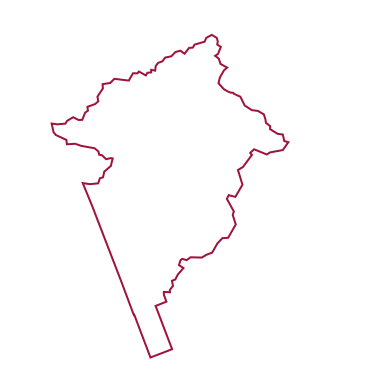 Utah, Utah, United States of America, rotated 69°
{"feature_id": "52423323B70562342190922", "entity_name": "Utah", "entity_type": "district", "adm_level": 2, "iso_a3": "USA", "parent_name": "United States of America", "parent_adm1": "Utah", "projection": "mercator", "projection_center": [-111.763, 40.177], "detail": "fine", "context": "isolated", "style": "outline", "palette": "rose", "viewbox_px": 384, "rotation_deg": 69, "n_neighbors": 0, "source": "geoboundaries", "source_scale": "gbopen_adm2", "svg_char_len": 1780}
<svg xmlns="http://www.w3.org/2000/svg" viewBox="0 0 384 384"><g transform="rotate(69 192 192)"><path d="M324.6,266.9L285.3,266.8L285.2,255.2L277.9,255.1L275.2,254.1L277.7,248.5L275.6,247.9L272.8,243.4L267.7,242.5L267.7,239.0L263.9,234.7L259.9,227.2L255.6,230.4L251.6,227.2L250.9,225.1L253.7,221.4L252.4,216.8L256.7,206.4L255.8,201.0L255.8,194.9L249.1,186.7L246.0,180.2L247.7,174.7L238.0,162.8L228.0,162.2L225.2,159.9L210.9,161.9L208.1,158.9L212.1,153.3L203.3,142.3L187.9,141.2L186.9,135.4L178.8,122.7L176.6,123.7L176.3,123.6L174.4,118.7L183.8,108.7L183.0,104.9L185.4,92.2L180.0,84.2L177.5,87.6L170.9,86.6L168.4,91.2L161.3,96.6L158.5,95.4L153.9,98.2L150.4,97.4L145.3,97.1L140.0,101.3L137.0,106.8L135.1,108.2L130.1,111.8L120.4,112.7L115.3,117.7L114.2,117.9L113.0,120.4L110.8,122.7L107.4,125.4L100.0,128.3L95.0,124.9L89.8,118.4L88.5,114.6L82.6,119.5L77.1,119.2L73.2,121.6L72.4,118.2L66.9,113.1L63.4,115.6L60.7,114.0L57.1,113.6L52.4,117.2L53.2,123.4L56.2,126.4L55.3,136.8L57.5,139.5L56.4,143.0L60.2,149.4L55.9,152.2L55.4,157.3L57.9,162.7L56.9,168.9L59.4,172.8L59.3,177.4L61.5,180.8L65.5,182.9L63.3,186.3L65.7,187.3L64.7,190.9L66.6,193.3L60.5,198.4L61.7,200.4L60.0,204.5L65.3,211.1L64.0,213.6L58.5,223.9L60.9,229.3L59.3,236.8L63.4,238.1L69.1,246.1L73.7,247.0L75.2,251.0L75.0,259.1L78.8,260.0L79.6,263.3L85.3,268.6L84.1,272.1L79.6,276.2L80.8,283.0L82.8,285.7L80.5,293.6L77.8,298.5L86.6,299.8L90.0,298.7L98.4,290.6L102.6,291.7L105.1,283.8L109.3,278.8L116.2,267.3L120.7,264.8L123.9,265.3L125.4,262.9L130.6,260.4L131.2,255.9L132.3,254.0L135.2,256.1L138.6,258.4L141.5,266.6L146.4,269.8L146.2,273.1L150.3,276.5L148.1,284.5L144.5,290.8L170.1,290.2L185.7,290.2L251.3,290.1L286.0,290.4L286.0,289.9L331.6,290.1L331.6,266.9L324.6,266.9Z" fill="none" stroke="#9f1239" stroke-width="2"/></g></svg>